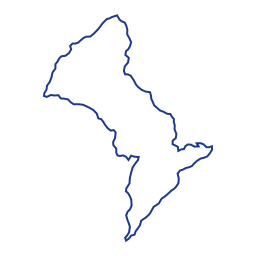 outline of Canelinha, Santa Catarina, Brazil
{"feature_id": "56859067B33823737687392", "entity_name": "Canelinha", "entity_type": "district", "adm_level": 2, "iso_a3": "BRA", "parent_name": "Brazil", "parent_adm1": "Santa Catarina", "projection": "robinson", "projection_center": [-48.796, -27.247], "detail": "fine", "context": "isolated", "style": "outline", "palette": "blue", "viewbox_px": 256, "rotation_deg": 0, "n_neighbors": 0, "source": "geoboundaries", "source_scale": "gbopen_adm2", "svg_char_len": 2262}
<svg xmlns="http://www.w3.org/2000/svg" viewBox="0 0 256 256"><path d="M134.5,234.7L135.7,231.2L137.8,228.4L139.9,225.4L141.2,220.7L143.5,219.1L146.2,217.2L148.2,215.4L150.1,213.3L152.2,209.4L153.7,206.8L156.0,205.4L158.8,203.4L161.5,198.8L165.3,196.1L168.2,193.6L171.5,190.5L174.1,188.8L176.2,186.6L178.4,183.3L178.8,178.7L177.6,173.6L180.0,170.5L182.7,169.7L186.1,167.9L189.6,167.1L192.0,165.9L194.1,163.5L197.1,160.8L200.5,158.6L204.4,157.6L207.3,156.4L209.6,153.6L212.0,149.9L211.9,146.3L209.2,147.2L206.5,147.2L203.4,144.2L200.4,143.2L196.7,143.3L198.6,146.4L194.4,146.6L190.8,144.6L187.7,144.5L185.4,146.2L183.9,149.1L181.2,149.4L178.3,150.9L177.9,146.9L175.7,145.7L172.6,144.2L172.6,140.8L175.8,138.0L176.4,134.0L174.6,129.5L174.7,125.2L173.8,121.9L173.8,118.9L171.9,116.7L170.3,114.0L167.2,113.8L163.8,111.9L159.9,110.4L156.7,107.5L154.2,105.4L152.7,101.8L151.3,98.8L151.0,95.8L150.0,92.2L145.7,91.6L141.6,89.8L137.9,86.8L136.0,84.6L133.8,80.3L130.7,75.7L127.7,74.3L125.1,74.3L123.9,71.0L124.8,66.3L128.0,62.6L128.8,57.8L125.4,55.0L126.0,51.2L128.2,49.3L130.0,46.2L131.1,42.2L129.7,38.9L127.2,34.3L127.3,29.5L126.3,25.8L124.8,22.6L121.4,21.2L119.4,19.4L117.1,15.4L112.3,16.9L109.3,18.4L106.8,19.1L104.0,21.8L101.8,24.3L99.9,27.0L96.8,30.6L93.8,33.7L90.4,36.5L85.7,36.8L83.0,38.3L81.0,40.1L78.1,42.7L75.1,43.6L72.5,43.5L70.1,46.0L71.2,49.3L69.0,53.1L65.4,55.8L61.4,56.3L59.4,58.2L57.2,62.0L55.4,64.2L55.4,68.5L52.5,72.5L51.5,77.3L49.7,82.0L47.0,85.7L46.5,89.6L44.4,93.1L44.0,96.0L46.8,96.9L50.8,95.0L54.6,95.5L58.4,95.2L60.7,98.4L64.4,98.7L68.0,99.4L70.9,102.4L73.8,104.3L76.8,104.2L79.6,104.3L83.1,104.8L86.0,106.1L88.7,107.4L93.1,109.8L96.8,113.6L98.3,118.4L101.1,119.1L102.9,121.3L105.0,124.7L107.6,128.1L110.7,130.6L113.7,130.1L115.7,132.5L115.0,138.2L113.1,142.1L113.4,145.2L116.2,148.6L116.3,152.8L117.5,155.4L119.9,156.0L122.9,155.4L126.1,156.8L128.5,160.0L131.1,155.7L134.9,156.8L138.7,157.0L137.9,160.2L135.1,163.7L132.7,167.3L131.2,172.4L129.9,177.9L129.5,183.4L126.4,188.3L126.0,191.3L128.2,193.3L130.0,196.5L131.3,200.0L131.6,205.7L130.0,209.3L127.5,211.9L126.2,215.5L127.3,219.4L128.6,222.8L129.9,226.6L129.1,232.3L126.9,235.8L125.1,237.8L126.1,240.6L129.1,238.4L131.1,235.6L134.5,234.7Z" fill="none" stroke="#1e3a8a" stroke-width="2"/></svg>